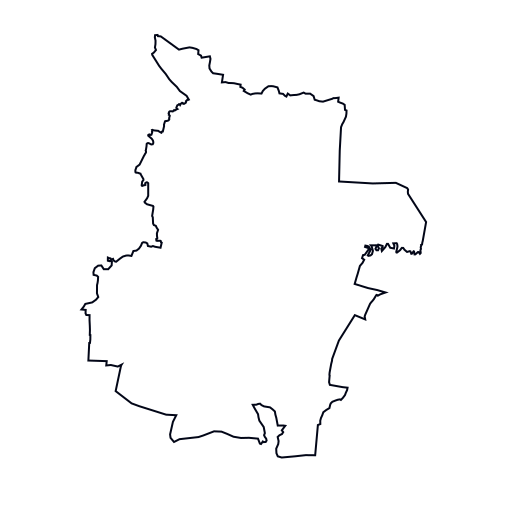 outline of Muhradah, Hamah, Syria, rotated 191°
{"feature_id": "27442178B78133098408237", "entity_name": "Muhradah", "entity_type": "district", "adm_level": 2, "iso_a3": "SYR", "parent_name": "Syria", "parent_adm1": "Hamah", "projection": "orthographic", "projection_center": [36.557, 35.29], "detail": "fine", "context": "isolated", "style": "outline", "palette": "ink", "viewbox_px": 512, "rotation_deg": 191, "n_neighbors": 0, "source": "geoboundaries", "source_scale": "gbopen_adm2", "svg_char_len": 6054}
<svg xmlns="http://www.w3.org/2000/svg" viewBox="0 0 512 512"><g transform="rotate(191 256 256)"><path d="M382.1,120.0L377.7,121.3L370.6,121.1L367.2,123.7L367.5,122.9L367.6,121.0L368.0,96.6L350.0,87.6L342.0,86.3L313.9,83.1L303.9,84.5L305.9,77.4L306.3,64.5L305.2,61.2L301.0,57.8L296.1,61.6L277.9,67.3L273.6,69.7L263.7,75.9L256.4,77.0L250.5,75.9L243.6,74.3L236.0,74.5L228.2,76.2L219.2,77.1L216.4,72.6L215.2,72.4L213.9,75.2L213.2,74.7L211.0,75.3L210.4,76.9L211.2,78.7L212.8,80.1L213.9,81.7L213.5,83.8L215.8,89.6L221.3,95.0L222.8,98.2L223.8,101.1L228.3,106.2L230.8,109.3L227.3,110.1L225.6,111.2L223.8,111.8L222.2,110.7L219.4,109.9L213.4,110.1L210.4,108.6L207.8,107.0L206.7,104.0L205.2,101.0L202.3,93.7L197.0,94.8L194.9,94.9L197.4,89.8L195.7,88.3L196.5,86.2L198.8,84.5L200.2,82.5L198.5,78.6L198.3,75.6L199.4,70.7L198.3,66.3L196.4,63.5L192.3,63.1L179.5,66.8L169.2,70.0L159.9,71.7L163.0,101.9L160.8,103.3L161.5,106.6L161.3,109.4L160.6,112.2L160.1,115.5L157.6,118.3L154.9,120.7L154.8,124.0L154.5,125.6L153.2,127.5L150.4,129.3L148.3,130.5L146.2,131.3L145.2,130.9L143.6,133.4L142.1,136.5L141.7,139.0L141.0,141.7L141.0,144.2L145.9,143.8L158.9,143.6L160.2,146.1L160.9,152.8L161.1,152.9L161.3,153.6L161.5,155.7L161.6,164.5L161.4,167.6L161.6,169.5L158.5,188.8L147.7,216.8L136.7,214.6L137.8,217.4L137.6,219.1L134.9,230.9L134.0,232.7L133.3,233.8L132.1,236.1L130.9,239.4L130.3,240.8L128.9,240.7L128.7,240.4L126.7,242.1L121.9,244.9L130.4,245.7L140.1,245.9L153.8,247.4L153.2,254.3L152.8,257.8L152.1,266.1L150.1,269.6L149.1,273.0L151.5,274.1L151.1,277.3L149.5,277.9L146.5,284.4L147.0,285.2L150.7,285.7L150.6,287.1L148.7,287.1L147.1,286.8L144.8,284.1L144.9,283.0L146.4,277.9L145.6,277.6L143.7,278.4L142.5,279.9L142.2,283.3L144.4,287.7L145.2,288.4L139.8,289.5L139.4,289.2L140.1,285.8L138.8,284.6L137.3,284.9L136.8,287.0L138.8,289.5L138.3,290.5L133.6,290.0L133.4,289.1L134.4,287.2L133.4,284.9L130.7,289.5L129.8,292.9L128.7,293.1L125.8,289.7L122.0,289.7L122.1,292.4L123.6,294.6L120.4,295.4L119.7,294.6L119.1,292.9L118.9,292.0L119.1,286.7L118.7,286.2L118.2,286.3L115.7,289.2L114.4,291.8L113.0,292.0L111.5,290.5L108.5,288.8L106.0,290.1L105.3,290.0L104.0,287.8L103.5,287.9L103.3,288.2L102.2,290.7L101.7,290.6L100.7,287.8L99.9,288.0L97.8,290.8L97.1,290.9L95.5,289.4L94.9,290.4L95.7,293.0L95.6,293.8L95.4,294.4L96.0,296.1L95.8,297.6L96.1,298.3L95.2,299.0L95.3,301.1L95.2,302.6L95.5,321.8L118.6,346.0L119.2,347.9L119.4,350.3L120.6,351.5L132.7,354.5L155.2,349.5L188.7,345.0L193.9,375.4L197.1,398.7L196.5,401.9L195.7,404.1L194.3,409.9L194.4,413.0L194.9,416.1L196.5,416.4L197.8,421.3L199.9,422.2L202.6,422.6L204.8,423.1L205.1,427.2L208.0,426.2L210.2,425.7L211.1,424.9L219.7,420.3L223.4,420.0L226.1,420.4L228.2,420.6L230.0,424.0L233.9,425.7L238.3,424.8L240.4,425.5L244.3,423.0L246.9,421.9L250.1,421.1L253.0,420.2L255.8,421.5L256.6,418.3L258.0,418.7L260.4,420.3L264.0,420.1L265.1,422.4L267.1,425.6L271.5,425.9L273.3,425.7L276.2,425.0L279.2,421.9L280.8,419.3L281.6,416.5L285.5,416.0L287.9,415.4L290.5,414.4L292.0,413.4L295.4,414.2L299.5,415.7L298.9,417.2L301.4,418.6L303.6,419.0L303.8,421.3L306.8,421.3L310.5,421.4L313.0,421.1L315.9,420.6L319.1,420.9L322.6,419.9L322.9,427.6L329.2,427.4L333.0,427.2L335.0,428.6L337.4,431.2L338.2,434.1L338.2,437.4L338.3,440.8L339.4,443.2L347.2,440.3L348.2,442.2L351.3,443.2L351.7,447.0L353.9,447.8L358.1,448.2L361.1,448.1L367.6,445.5L371.0,443.9L391.4,453.4L394.2,453.1L394.8,454.2L397.2,453.5L397.0,451.3L395.7,448.2L395.1,444.7L395.0,441.4L393.5,439.1L395.1,436.2L396.6,434.6L396.2,433.6L387.4,424.2L384.6,421.7L379.4,417.5L374.8,412.9L371.9,410.7L366.0,406.9L362.2,403.4L354.7,400.0L351.8,396.7L352.4,396.3L353.1,396.4L354.3,394.6L354.0,394.2L354.2,393.0L355.7,391.6L356.5,391.5L357.0,392.2L357.8,392.3L359.2,390.7L359.1,390.3L359.3,389.7L360.0,390.4L360.5,390.4L360.7,389.9L362.0,388.9L362.5,386.4L362.1,385.8L361.2,385.3L362.3,384.6L362.8,383.9L363.6,383.3L364.2,383.6L365.3,382.0L366.2,382.0L368.0,381.7L368.7,381.1L369.0,379.4L368.6,379.1L368.5,378.0L368.2,378.0L367.4,377.2L367.6,374.6L367.2,373.9L367.6,372.6L368.2,372.1L369.6,371.4L370.1,371.4L371.0,370.9L371.4,367.4L371.0,365.9L371.2,360.6L371.6,360.6L372.1,360.1L372.2,359.2L372.4,358.9L374.8,359.7L375.8,360.2L380.5,359.8L381.6,360.1L382.0,359.9L381.6,359.4L381.9,358.6L381.5,357.6L381.8,355.1L382.5,354.7L384.0,355.0L384.9,354.1L384.7,353.5L380.7,351.2L379.2,349.7L378.5,348.2L378.4,346.9L378.7,346.0L380.1,345.5L382.4,346.2L383.5,346.3L384.2,345.9L384.7,345.2L384.4,342.8L384.3,339.0L384.4,338.4L384.0,337.8L383.8,337.0L383.8,336.5L384.5,334.8L384.6,334.2L385.0,333.3L387.7,323.5L390.4,320.5L390.5,319.2L390.8,317.3L390.5,315.8L390.2,315.1L389.5,314.9L388.9,315.1L386.9,315.1L386.6,314.9L385.1,314.8L384.8,314.2L381.2,310.0L381.0,309.0L381.7,307.7L381.9,307.3L381.7,303.5L381.5,303.2L380.7,303.2L379.8,304.0L378.6,304.3L378.1,304.7L378.6,306.0L378.6,306.4L377.6,307.4L376.8,307.5L375.7,306.9L373.3,294.5L373.9,291.9L375.8,287.9L375.3,287.2L372.9,286.0L366.7,285.5L366.1,284.9L365.8,282.1L365.6,275.5L364.7,274.3L363.2,268.2L362.2,266.9L360.1,266.5L358.9,264.8L357.1,263.0L357.6,259.4L357.0,256.7L356.3,254.8L356.3,254.3L357.2,253.6L356.7,252.1L356.0,252.0L352.9,252.7L352.3,252.5L351.8,251.3L351.1,251.1L351.3,245.9L356.9,245.8L359.1,246.1L360.7,245.1L364.0,245.2L365.1,247.6L366.8,248.2L369.3,248.0L370.3,247.1L370.9,244.1L372.3,240.9L374.4,238.5L377.3,237.5L378.3,232.3L381.3,232.2L383.5,231.7L385.3,230.7L386.2,230.3L386.9,229.7L388.9,227.6L392.2,223.7L393.3,223.7L395.0,224.5L395.8,225.9L397.5,224.9L398.4,225.9L399.3,225.8L401.1,226.2L400.8,224.4L400.5,223.1L398.8,223.0L398.6,223.3L396.4,223.1L395.9,219.2L398.6,214.8L402.9,214.0L406.0,217.2L409.1,216.4L411.9,213.3L412.5,209.1L411.8,206.5L408.6,206.4L407.0,205.4L406.5,201.7L406.4,199.3L406.5,197.1L405.8,193.4L405.0,189.0L403.0,185.6L404.7,182.6L407.9,179.2L414.4,176.4L415.4,173.5L417.1,170.2L412.9,170.6L412.4,167.2L411.3,165.7L408.1,166.2L407.2,161.4L405.8,155.7L404.9,151.7L404.1,146.8L403.5,146.8L402.7,142.4L402.4,139.0L403.1,138.8L400.6,121.4L382.5,124.3L382.1,120.0Z" fill="none" stroke="#020617" stroke-width="2"/></g></svg>